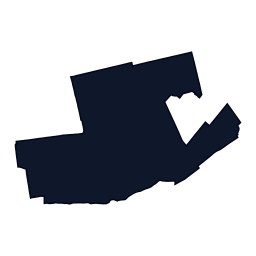 Greaca, Giurgiu, Romania (Mercator projection)
{"feature_id": "2599482B7970474716808", "entity_name": "Greaca", "entity_type": "district", "adm_level": 2, "iso_a3": "ROU", "parent_name": "Romania", "parent_adm1": "Giurgiu", "projection": "mercator", "projection_center": [26.317, 44.122], "detail": "fine", "context": "isolated", "style": "filled", "palette": "ink", "viewbox_px": 256, "rotation_deg": 0, "n_neighbors": 0, "source": "geoboundaries", "source_scale": "gbopen_adm2", "svg_char_len": 5141}
<svg xmlns="http://www.w3.org/2000/svg" viewBox="0 0 256 256"><path d="M237.7,137.4L237.3,136.6L236.6,135.5L237.5,134.9L237.6,134.7L237.8,134.6L237.8,134.4L237.7,134.1L237.6,133.8L237.4,133.4L237.5,133.1L237.8,132.5L238.0,132.0L238.1,131.4L238.3,130.9L238.5,130.6L238.6,130.2L238.8,129.8L238.8,129.6L238.8,129.3L238.8,129.1L238.8,128.7L238.7,128.5L238.7,128.2L238.8,128.1L237.6,125.6L237.5,125.4L239.0,124.0L240.5,122.6L238.9,120.2L227.3,103.9L219.7,113.3L209.5,125.8L207.5,124.1L205.4,122.2L201.7,126.8L199.8,129.1L199.2,130.0L195.7,134.1L191.9,138.9L188.3,143.4L187.5,144.4L186.3,145.9L183.5,142.5L181.9,140.3L181.2,138.6L180.2,136.3L178.9,133.2L174.9,124.4L169.9,113.5L168.8,111.2L167.1,107.5L164.5,101.8L165.0,101.3L171.0,94.7L171.5,94.9L172.5,95.4L175.3,95.9L177.0,95.8L179.7,98.0L183.0,93.6L184.4,93.2L184.4,93.3L190.7,91.6L192.1,91.1L195.2,93.4L195.1,93.5L194.8,94.0L197.8,96.0L198.1,96.8L199.5,97.7L201.7,94.7L201.0,91.7L200.8,90.6L200.5,89.5L200.3,88.5L200.1,87.6L199.9,86.7L199.7,85.6L199.5,84.8L199.1,83.1L198.8,82.2L198.5,80.7L198.1,79.1L197.4,76.3L196.8,73.5L196.4,72.1L196.1,70.8L195.6,68.6L195.1,66.6L194.9,65.7L194.2,62.7L193.8,61.1L193.3,59.3L192.9,57.6L192.3,55.4L191.5,52.2L190.1,52.6L184.5,53.9L178.0,55.4L176.9,55.7L176.7,55.7L175.8,55.9L172.3,56.7L168.9,57.5L166.3,58.1L163.9,58.6L163.1,58.8L161.5,59.2L159.5,59.6L157.3,60.2L155.4,60.6L152.5,61.3L151.4,61.5L150.7,61.7L149.5,61.9L147.0,62.5L143.4,63.4L139.9,64.2L136.1,65.2L134.2,65.6L132.4,66.1L132.1,64.5L131.7,62.6L130.4,62.9L129.3,63.1L127.7,63.5L125.1,64.2L124.4,64.3L122.5,64.8L121.3,65.1L120.0,65.4L118.1,65.9L114.3,66.7L111.4,67.4L108.0,68.2L107.8,68.3L106.5,68.6L103.4,69.3L98.7,70.4L94.0,71.5L89.7,72.6L84.8,73.7L79.8,74.9L75.9,75.8L75.9,76.1L73.4,76.5L70.8,76.9L71.9,80.6L73.4,87.0L74.2,90.1L75.3,95.5L76.2,97.9L76.4,99.2L77.4,103.0L77.7,104.2L77.9,105.5L78.2,107.1L78.8,109.4L79.8,113.9L80.5,117.3L80.9,119.6L81.0,119.9L81.2,120.2L81.7,120.5L82.0,120.8L82.2,121.2L82.4,122.2L82.6,123.5L83.2,126.0L83.4,127.2L84.0,130.6L83.8,131.5L83.7,132.4L83.5,132.6L83.3,132.9L83.0,133.2L82.5,133.5L81.8,133.7L80.1,133.9L78.8,134.1L78.2,134.2L77.5,134.2L76.8,134.3L75.8,134.3L74.7,134.4L72.6,134.6L70.3,134.7L69.4,134.8L68.4,134.9L66.6,135.0L65.6,135.1L63.9,135.2L63.7,135.2L63.0,135.3L61.2,135.6L60.6,135.8L58.1,136.1L55.2,136.5L54.3,136.6L52.8,136.8L49.8,137.2L47.0,137.5L45.2,137.8L42.2,138.2L39.4,138.5L36.9,138.9L35.4,139.1L28.6,140.1L25.6,140.4L16.3,141.5L16.4,142.8L16.6,144.0L15.7,144.2L15.4,145.1L15.6,147.5L16.1,151.2L16.4,154.1L16.8,157.4L17.3,160.8L17.7,164.4L18.0,166.7L18.0,166.9L18.5,166.9L19.4,166.9L21.4,167.4L22.6,167.8L23.7,168.3L24.5,168.6L26.1,168.8L26.1,169.1L26.2,169.5L26.2,170.0L26.3,170.5L26.4,171.0L26.4,171.5L26.5,172.5L26.6,173.0L26.7,173.3L26.7,173.5L26.7,173.9L26.8,174.4L26.9,174.9L26.9,175.3L27.0,175.4L27.0,176.0L27.1,176.5L27.2,177.0L27.2,177.4L27.3,177.6L27.4,178.1L27.4,178.6L27.6,179.4L27.7,180.0L27.8,180.7L27.8,180.9L27.9,181.5L28.0,182.0L28.1,182.7L28.2,183.2L28.3,183.7L28.4,184.2L28.4,184.3L28.5,184.7L28.6,185.2L28.6,185.4L28.7,185.7L28.9,187.4L29.4,190.8L30.3,196.0L30.6,198.0L31.2,197.8L31.5,197.7L32.4,197.5L35.1,197.1L39.0,196.5L39.4,196.2L40.0,196.2L41.1,196.1L43.3,196.2L43.9,196.2L44.2,196.4L44.3,196.4L44.3,198.4L44.3,201.9L44.3,203.4L44.9,203.4L45.5,203.3L46.1,203.1L46.9,203.0L47.2,203.0L48.0,203.3L48.7,203.4L49.6,203.4L51.3,203.3L52.2,203.2L53.1,203.2L54.9,202.8L55.6,202.7L56.5,202.7L58.1,203.0L60.0,203.0L61.1,203.0L61.8,203.0L63.5,203.2L64.1,203.3L65.0,203.4L66.1,203.3L67.0,203.3L67.3,203.3L68.5,203.7L69.0,203.8L69.6,203.7L70.3,203.7L71.1,203.5L71.9,203.1L72.7,202.9L74.4,202.8L75.3,202.8L76.2,202.8L77.1,202.7L78.1,202.7L79.8,202.7L81.6,202.7L82.5,202.8L83.4,202.8L84.1,202.8L85.1,202.7L86.0,202.6L86.8,202.5L87.4,202.5L88.1,202.5L88.8,202.7L89.3,202.9L90.0,203.3L90.4,203.5L91.3,203.5L91.7,203.5L92.2,203.4L93.2,203.3L93.9,203.2L94.7,203.1L95.7,203.1L96.9,203.2L97.9,203.2L98.8,203.4L100.1,203.4L101.9,203.5L102.8,203.6L103.4,203.7L104.5,203.6L105.4,203.6L106.0,203.6L106.5,203.4L107.3,203.1L108.1,202.7L108.8,202.5L109.1,202.0L109.5,201.4L109.8,200.9L110.5,200.2L111.2,199.8L111.7,199.7L113.0,199.5L113.7,199.5L114.2,199.6L114.8,199.8L115.5,200.1L116.7,200.5L117.3,200.9L118.4,200.3L119.6,200.1L121.3,199.8L123.0,199.7L124.0,199.6L124.9,199.5L125.4,199.3L126.5,198.3L127.9,196.9L128.4,196.5L130.0,195.4L132.1,194.1L133.0,193.6L134.6,192.8L135.4,192.4L136.0,192.1L137.7,191.6L138.7,191.4L139.4,191.3L140.3,191.1L141.1,190.8L142.7,190.0L143.5,189.6L145.1,188.9L148.0,188.0L149.3,187.5L150.4,187.0L151.1,186.7L152.5,185.5L153.7,184.6L154.7,184.0L155.5,183.5L156.8,182.4L158.3,181.0L158.7,180.7L159.6,180.4L160.4,180.3L161.0,180.4L161.6,180.6L162.4,180.8L163.6,180.9L166.0,181.1L167.3,181.1L168.8,181.1L171.4,181.0L175.3,181.0L175.1,183.0L175.1,183.7L175.0,184.1L175.0,184.3L176.0,183.8L177.4,183.0L181.2,180.9L184.6,179.1L184.8,178.9L185.5,178.4L187.2,177.1L190.4,174.6L194.8,171.3L196.5,170.0L197.8,169.0L199.0,168.0L198.3,167.1L197.6,166.2L210.6,155.7L213.1,153.5L213.9,152.8L216.8,150.9L219.6,149.7L221.9,148.3L227.3,144.4L229.0,143.2L237.7,137.4Z" fill="#0f172a" stroke="#020617" stroke-width="1.5"/></svg>